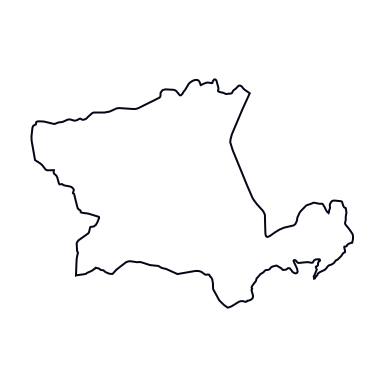 the Department of Potosí, rotated 93°
{"feature_id": "BOL-1939", "entity_name": "Potosí", "entity_type": "Department", "adm_level": 1, "iso_a3": "BOL", "parent_name": "Bolivia", "parent_adm1": "", "projection": "robinson", "projection_center": [-66.321, -20.376], "detail": "fine", "context": "isolated", "style": "outline", "palette": "ink", "viewbox_px": 384, "rotation_deg": 93, "n_neighbors": 0, "source": "natural_earth", "source_scale": "10m", "svg_char_len": 5898}
<svg xmlns="http://www.w3.org/2000/svg" viewBox="0 0 384 384"><g transform="rotate(93 192 192)"><path d="M89.3,171.3L89.8,171.3L90.3,170.6L90.6,169.9L91.1,167.7L91.1,166.5L92.3,163.4L92.4,162.5L92.3,162.1L92.1,161.7L91.9,160.8L91.8,158.9L91.7,158.5L91.3,157.6L90.8,157.1L89.0,156.4L88.1,155.6L86.3,153.5L83.6,151.2L83.2,150.4L83.3,149.2L84.0,147.9L86.4,145.7L87.3,144.5L90.4,139.5L106.6,145.9L132.3,155.2L137.5,156.3L140.4,156.4L148.0,153.6L182.6,137.3L194.3,131.5L196.5,130.1L200.6,126.7L207.3,120.0L209.7,118.6L211.0,118.0L222.9,117.1L229.8,116.5L231.4,116.1L232.1,115.8L232.6,115.3L232.9,114.7L232.9,114.1L231.9,112.0L227.8,106.8L225.0,102.7L222.8,98.2L220.2,89.2L219.9,88.5L219.2,87.8L218.4,87.0L215.5,85.8L211.9,85.4L206.9,83.4L205.3,82.3L200.6,78.2L199.9,77.6L199.6,77.2L199.1,76.4L197.2,71.7L196.5,70.5L196.4,70.2L196.3,69.4L196.4,68.6L196.9,65.7L197.0,64.9L197.1,63.9L196.9,61.7L197.0,61.4L197.2,60.9L197.8,60.3L199.0,59.7L200.4,58.6L203.0,57.3L204.6,56.1L205.9,54.5L204.6,54.1L203.4,54.1L202.8,54.0L201.6,53.5L201.1,53.4L199.6,53.4L198.1,53.7L197.4,53.7L196.7,53.5L194.8,52.6L194.2,52.2L193.8,51.7L193.4,51.0L193.2,50.2L193.1,48.7L193.4,42.7L193.9,41.7L197.7,40.3L198.4,39.9L199.0,39.5L199.6,38.9L200.0,37.6L203.9,36.8L205.2,36.7L206.1,36.9L208.3,37.2L211.7,37.0L214.6,37.5L215.2,37.5L215.7,37.4L216.4,37.1L220.8,33.1L225.4,29.6L226.1,29.3L227.6,28.9L229.9,28.8L231.8,28.9L233.1,29.3L234.2,29.3L234.5,30.5L235.2,32.1L236.1,33.6L236.7,34.2L237.4,34.3L237.9,34.8L238.3,35.4L238.6,37.0L239.1,37.1L242.9,36.1L244.1,36.1L245.1,37.8L248.5,39.9L252.0,43.2L252.4,44.3L253.4,45.2L255.4,46.5L256.8,48.3L257.4,49.5L258.1,51.4L258.9,52.3L259.9,53.1L260.8,53.6L262.8,55.4L265.3,60.1L267.0,62.1L267.3,62.2L268.2,62.4L268.5,62.5L268.8,62.7L269.3,63.4L271.3,64.6L271.8,64.7L272.0,65.0L272.2,65.5L270.3,66.0L269.5,65.9L268.2,65.2L263.9,63.7L263.5,63.4L263.2,63.3L262.6,63.5L261.0,64.3L260.7,64.4L260.4,64.4L260.0,64.3L259.8,64.0L259.3,63.0L259.2,62.8L258.9,62.6L258.6,62.5L258.2,62.4L256.5,62.4L256.2,62.4L255.6,62.0L255.2,61.8L254.6,61.8L254.3,61.6L254.2,61.4L254.1,60.9L253.9,60.6L253.7,60.5L253.4,60.6L253.1,60.7L252.8,60.9L252.6,61.2L252.5,61.8L252.8,64.1L252.8,64.7L252.9,65.0L253.1,65.4L253.6,66.1L254.0,66.5L254.4,66.8L255.6,67.4L256.2,67.8L256.3,68.3L256.4,69.0L256.0,72.1L256.2,74.8L257.3,81.8L257.3,82.1L257.0,82.7L256.6,83.3L255.3,84.5L254.8,85.1L254.7,85.5L254.6,85.9L254.7,86.3L254.8,86.6L255.2,86.9L255.5,87.0L256.1,86.8L262.2,83.5L263.3,83.0L265.8,82.4L266.1,82.4L266.4,82.5L267.0,82.7L267.3,83.0L267.5,83.3L267.7,83.7L267.8,84.3L267.7,85.0L267.5,85.7L266.9,86.8L266.5,87.4L266.2,87.7L265.3,88.3L263.2,90.3L263.0,90.8L263.0,91.4L263.1,92.1L263.2,92.4L263.4,92.6L264.3,93.6L264.6,94.2L264.8,94.9L264.9,95.8L265.1,96.8L265.0,97.1L264.9,97.5L264.1,98.2L263.7,98.6L261.4,102.9L261.1,103.8L261.1,104.1L262.1,107.3L263.0,109.0L264.8,110.3L265.2,110.7L265.5,111.2L265.8,112.0L266.0,113.7L266.3,114.5L267.1,115.4L268.6,116.6L269.9,118.6L270.5,119.4L273.3,121.5L274.1,122.3L275.0,123.0L277.5,123.5L278.4,124.1L279.3,124.8L282.7,127.0L284.1,127.5L285.2,127.1L285.6,126.8L285.9,126.9L286.2,127.3L287.4,127.3L291.8,125.8L293.5,125.6L295.0,126.0L296.0,126.9L296.8,128.2L297.5,129.7L297.7,131.0L297.9,131.0L298.3,131.4L298.8,132.3L298.9,132.9L298.8,133.4L298.5,134.5L298.3,135.9L298.4,137.1L298.7,138.3L299.3,139.6L304.0,146.4L305.2,149.0L305.6,150.3L303.2,154.1L298.8,159.1L288.2,165.6L287.3,165.9L281.5,166.4L280.3,166.8L278.6,167.1L277.3,167.7L276.1,168.6L275.2,169.7L275.0,169.8L274.7,170.0L274.1,170.2L273.8,170.4L273.6,170.8L273.6,172.2L273.6,172.5L273.9,173.6L273.7,174.7L271.5,178.1L271.2,178.7L270.6,180.8L270.6,181.4L270.6,183.7L270.8,185.1L274.7,202.2L270.4,213.3L270.1,214.3L269.5,218.0L269.0,219.1L267.6,221.8L267.2,230.0L264.8,239.0L264.7,240.3L264.7,241.2L265.0,242.9L264.4,249.7L264.5,251.3L264.6,251.7L265.5,254.1L273.4,263.3L278.0,267.1L278.0,269.1L278.0,269.8L277.8,270.6L276.9,273.3L276.1,274.8L275.4,275.7L275.1,275.9L274.9,276.3L274.8,276.9L274.6,278.8L274.5,279.4L273.6,280.4L273.2,281.4L272.7,284.4L273.3,284.7L273.8,285.1L274.0,285.4L274.6,286.4L275.3,287.0L275.6,287.5L276.5,289.0L278.0,292.0L278.6,293.0L279.3,293.7L279.8,295.7L281.3,303.3L281.4,303.5L265.5,303.7L262.5,303.4L258.6,302.7L258.2,302.8L257.6,303.3L257.2,303.6L249.4,304.5L247.7,303.9L246.1,302.7L238.9,293.6L237.7,292.8L232.5,291.8L232.2,291.5L231.6,288.3L229.9,286.3L227.4,285.0L222.7,283.4L221.7,283.7L219.0,294.4L218.5,300.4L218.3,301.4L217.9,302.1L217.6,302.1L216.9,302.2L216.4,302.5L215.9,303.0L215.6,303.6L215.4,304.2L214.0,305.4L206.6,307.7L200.1,309.6L199.9,309.9L199.5,310.8L199.3,310.9L198.3,310.6L197.2,310.4L196.6,310.2L196.0,310.1L195.3,310.5L194.0,311.7L193.2,313.0L192.8,314.5L192.2,319.3L191.8,320.8L191.1,321.8L190.9,322.3L191.3,324.2L191.2,324.8L190.6,325.3L184.3,327.4L182.8,328.3L181.7,329.6L181.2,330.4L180.4,331.0L179.6,331.2L178.3,331.1L177.4,331.1L177.9,337.1L177.7,338.5L177.1,339.5L172.9,343.1L171.3,345.2L168.4,350.4L150.7,354.5L148.7,354.9L144.8,355.2L136.1,354.7L134.3,354.0L133.9,353.6L132.7,351.5L132.4,351.6L130.3,351.1L129.7,350.2L129.4,348.5L129.4,343.5L131.2,333.8L131.2,332.6L129.5,328.9L129.0,325.7L128.5,324.3L126.3,320.1L126.0,318.8L125.9,317.5L126.9,313.4L126.8,312.2L126.3,310.6L124.8,308.2L124.6,307.5L124.7,306.9L125.4,305.8L125.6,305.2L125.4,303.8L124.8,302.2L123.8,300.9L122.7,300.1L119.9,297.2L118.6,295.9L118.1,295.1L117.8,294.2L117.2,283.5L116.0,278.5L112.5,271.7L112.0,269.4L112.2,253.7L111.5,250.8L99.7,229.8L98.8,228.8L97.6,228.5L95.2,228.6L94.4,228.5L91.9,226.8L90.9,224.1L90.9,215.8L91.3,214.2L92.1,212.9L96.0,209.3L96.0,208.1L94.3,206.6L92.9,206.0L90.2,204.1L84.5,201.1L83.2,200.1L82.0,198.7L80.8,196.9L80.0,194.9L79.8,192.9L80.4,191.2L81.7,190.2L84.8,188.9L82.6,184.6L81.9,182.5L82.0,179.9L82.3,178.1L82.1,177.4L80.3,177.0L78.5,175.8L78.4,174.6L79.3,173.5L86.2,171.2L87.9,171.0L88.7,171.1L89.3,171.3Z" fill="none" stroke="#020617" stroke-width="2"/></g></svg>